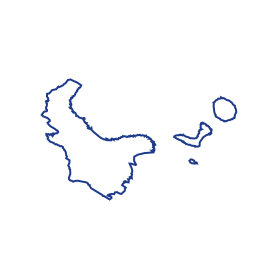 Kota Manado, Sulawesi Utara, Indonesia (Equal Earth projection), rotated 120°
{"feature_id": "22746128B83673204362612", "entity_name": "Kota Manado", "entity_type": "district", "adm_level": 2, "iso_a3": "IDN", "parent_name": "Indonesia", "parent_adm1": "Sulawesi Utara", "projection": "equal_earth", "projection_center": [124.782, 1.539], "detail": "fine", "context": "isolated", "style": "outline", "palette": "blue", "viewbox_px": 256, "rotation_deg": 120, "n_neighbors": 0, "source": "geoboundaries", "source_scale": "gbopen_adm2", "svg_char_len": 5855}
<svg xmlns="http://www.w3.org/2000/svg" viewBox="0 0 256 256"><g transform="rotate(120 128 128)"><path d="M177.6,192.2L178.8,188.4L178.1,185.2L178.5,182.7L177.7,181.6L177.9,180.4L177.6,179.1L177.8,177.8L176.9,176.5L177.1,174.6L177.8,174.4L178.5,172.6L178.9,172.4L179.0,171.3L180.3,169.6L182.7,167.7L183.3,166.5L185.1,166.4L185.2,162.5L187.7,161.3L190.3,161.0L191.9,158.6L192.6,158.4L192.5,158.0L193.0,157.3L196.6,155.0L200.9,154.2L202.0,153.2L202.3,151.9L201.8,150.1L201.9,148.7L200.3,147.4L198.8,145.2L195.9,136.8L196.1,134.8L196.9,134.2L196.6,132.6L197.4,132.3L198.6,129.6L198.9,116.4L199.3,116.0L199.3,115.2L198.9,114.8L199.1,108.2L196.8,107.3L196.0,107.8L195.7,109.3L196.3,109.7L196.6,111.8L195.8,111.8L193.4,109.4L192.2,106.9L190.3,107.1L189.0,105.4L189.1,103.8L188.7,101.3L188.4,100.8L184.0,99.4L182.1,100.3L180.8,100.1L180.4,104.6L178.0,104.4L176.6,103.4L176.4,104.5L175.9,104.4L175.3,103.6L175.6,102.3L174.8,100.3L173.3,101.0L172.4,102.3L172.1,101.9L172.2,100.5L172.0,101.3L170.7,101.1L169.0,102.5L169.8,100.8L169.6,99.5L168.0,100.8L166.2,101.2L165.8,102.3L164.6,102.2L162.9,102.9L160.9,104.8L158.0,108.8L157.2,107.1L156.3,103.0L155.7,102.7L153.5,106.2L150.2,108.1L149.4,108.1L146.3,106.2L143.2,103.0L141.2,100.8L136.8,94.4L136.2,95.7L135.8,93.8L134.7,94.0L134.8,94.7L135.2,94.8L134.9,95.2L134.4,94.0L133.9,94.0L133.4,94.4L133.6,94.5L133.4,95.2L132.6,95.0L132.0,95.6L132.1,96.5L131.0,96.2L130.7,95.7L130.8,96.8L130.2,97.4L130.5,97.6L129.6,98.3L129.6,97.6L129.1,97.6L128.9,96.1L128.6,96.3L128.7,97.5L127.0,98.7L127.1,99.4L127.5,99.3L127.4,99.9L128.2,100.3L128.1,100.8L127.3,100.2L126.6,101.9L126.8,101.9L126.1,102.8L126.7,104.2L126.1,104.0L125.7,105.5L126.5,107.2L125.5,108.5L126.4,109.6L126.9,109.6L126.6,110.6L127.1,112.0L127.9,112.7L128.2,113.6L127.9,114.2L129.1,115.6L129.2,116.3L130.0,116.5L131.3,118.2L131.6,118.1L131.4,118.8L131.6,119.5L132.8,119.3L132.8,120.3L133.3,121.0L133.4,122.0L134.1,121.9L134.4,122.9L134.9,122.7L135.6,123.9L136.4,124.4L136.2,125.2L137.6,128.4L138.4,128.2L139.4,129.5L140.6,129.6L141.3,131.0L142.6,130.8L143.3,132.0L142.6,132.5L143.0,132.3L143.2,132.8L143.5,132.8L143.6,133.4L144.5,134.2L145.0,135.4L145.3,135.0L145.3,136.1L146.1,136.2L145.7,136.7L146.2,136.8L146.2,136.3L146.6,136.3L146.8,137.0L147.2,136.7L147.5,137.1L148.8,139.9L147.2,140.4L147.9,140.3L148.0,141.5L148.6,141.3L148.4,140.2L149.0,140.1L149.1,140.5L148.6,140.6L149.2,141.1L150.0,143.8L150.1,147.2L148.8,155.1L147.7,159.2L147.5,159.5L146.9,159.2L146.4,159.6L147.3,159.7L147.5,160.1L147.0,161.3L146.4,161.1L147.6,161.6L148.1,161.5L148.2,162.4L147.2,162.3L147.1,163.2L146.9,163.0L147.1,162.2L146.3,161.8L146.6,162.1L146.6,162.7L146.3,163.3L146.0,163.2L145.0,166.7L144.5,166.6L144.8,167.2L144.3,169.2L144.2,168.6L143.1,170.7L142.8,170.1L143.0,169.5L142.6,170.4L141.9,170.1L141.3,170.5L141.4,171.2L142.5,172.2L142.8,173.2L143.3,175.6L142.8,177.8L143.4,179.0L142.7,179.3L141.5,180.7L141.3,182.7L141.6,182.4L142.0,183.0L141.6,183.8L141.3,183.6L141.4,184.5L140.6,184.5L139.3,186.4L139.2,187.0L139.8,187.7L139.4,188.5L138.9,187.8L139.0,187.5L137.6,188.7L136.3,188.6L135.6,189.2L136.2,190.1L134.8,190.4L133.6,191.8L133.5,191.5L132.9,192.2L132.1,191.8L130.5,192.3L130.1,191.4L128.3,191.2L128.2,191.7L126.7,190.5L123.4,190.9L122.0,190.5L121.3,190.8L121.1,190.5L119.7,190.9L118.7,190.4L117.8,190.5L116.8,189.7L114.4,189.9L114.0,195.1L114.5,198.3L114.7,202.0L116.4,204.0L120.7,204.5L121.7,205.3L123.6,205.7L127.0,208.0L126.9,208.9L130.3,209.6L133.2,212.7L137.5,213.5L138.8,215.2L141.3,213.9L142.3,211.9L143.3,211.5L144.0,210.5L145.1,210.8L145.4,212.2L145.9,212.4L146.5,211.5L147.1,211.3L147.5,210.3L149.6,209.3L151.3,209.3L152.5,208.4L152.7,207.3L153.6,206.7L154.4,207.0L155.1,208.1L156.1,208.9L159.8,209.3L160.3,207.5L159.7,203.2L159.8,201.4L160.3,199.8L161.0,199.2L163.7,200.3L164.8,198.3L165.3,195.4L165.3,190.7L165.7,189.0L165.5,187.8L165.9,187.7L166.4,186.4L168.2,186.9L169.0,188.4L170.4,188.9L170.1,190.2L171.0,190.5L171.3,189.3L172.7,189.3L171.8,191.7L173.2,192.3L172.9,193.6L173.6,194.0L173.9,195.7L174.7,195.4L175.6,194.1L175.9,192.5L177.6,192.2ZM66.4,41.6L66.1,40.8L62.9,42.0L59.9,42.2L57.5,44.3L56.2,46.1L55.4,46.5L55.2,48.5L54.1,50.9L53.7,54.6L54.4,56.0L54.2,60.1L54.9,60.7L54.9,62.7L55.7,62.2L56.7,63.1L57.4,64.5L58.6,64.6L59.9,65.7L62.3,66.0L63.3,66.7L64.2,65.7L65.8,65.1L70.9,61.3L72.2,60.0L72.8,58.7L73.4,58.6L73.8,57.7L74.2,57.6L74.0,52.6L74.4,52.3L74.4,51.4L73.9,49.1L74.1,48.3L73.8,48.2L73.7,47.3L73.2,46.5L73.4,47.5L73.1,46.5L70.8,44.7L69.9,43.5L68.3,42.6L68.1,41.9L66.4,41.6ZM90.8,53.3L90.6,53.9L89.3,54.1L88.4,55.2L88.0,54.9L87.8,55.5L87.6,55.4L87.6,56.4L87.3,56.3L87.0,57.5L86.5,58.1L86.6,58.9L86.1,59.6L86.5,60.6L86.2,60.6L86.3,61.7L86.0,61.7L86.2,61.8L85.8,62.8L86.1,64.4L86.4,64.7L85.9,65.4L86.1,66.1L87.2,67.0L87.6,66.6L86.9,66.4L87.1,66.1L87.6,66.6L87.7,67.0L87.7,66.7L87.9,67.0L88.6,66.9L88.6,66.7L88.1,66.8L87.7,66.5L89.2,66.5L91.0,65.4L91.8,64.8L91.5,64.3L91.9,64.8L92.2,64.3L92.6,64.6L92.2,64.0L92.4,63.9L92.7,63.9L92.9,64.7L92.7,63.9L94.1,65.0L94.6,64.6L95.7,64.9L96.1,64.2L97.0,63.7L97.5,63.9L97.6,63.4L97.7,63.9L99.2,63.9L99.8,63.9L100.2,63.5L100.4,63.8L102.2,63.6L103.8,65.1L105.8,69.2L105.8,71.1L106.6,74.2L106.3,75.3L106.9,76.8L106.7,76.9L107.1,77.1L107.0,77.5L107.7,78.6L107.4,79.0L108.6,80.5L108.2,79.5L110.4,82.6L111.7,83.6L112.7,83.6L112.8,79.3L112.5,78.7L112.7,78.0L112.2,75.6L112.5,74.9L112.2,74.8L112.2,74.1L112.5,73.7L112.1,73.5L112.3,72.9L112.1,72.8L112.8,71.8L112.4,71.1L112.9,69.7L112.6,69.5L112.2,67.0L111.5,65.9L111.6,64.5L110.2,61.1L110.4,60.8L110.1,60.8L110.1,60.1L109.0,57.9L107.7,57.1L104.5,58.7L98.7,58.3L95.2,56.7L93.8,55.4L93.0,55.3L93.1,54.8L91.9,53.6L91.5,53.9L91.7,54.5L91.2,54.4L90.8,53.8L91.5,53.5L90.8,53.3ZM124.2,50.6L123.6,51.3L124.2,53.1L123.3,54.5L123.2,56.1L123.7,57.9L125.7,58.4L126.6,57.1L126.6,55.1L125.3,52.1L124.5,51.5L124.2,50.6Z" fill="none" stroke="#1e3a8a" stroke-width="2"/></g></svg>